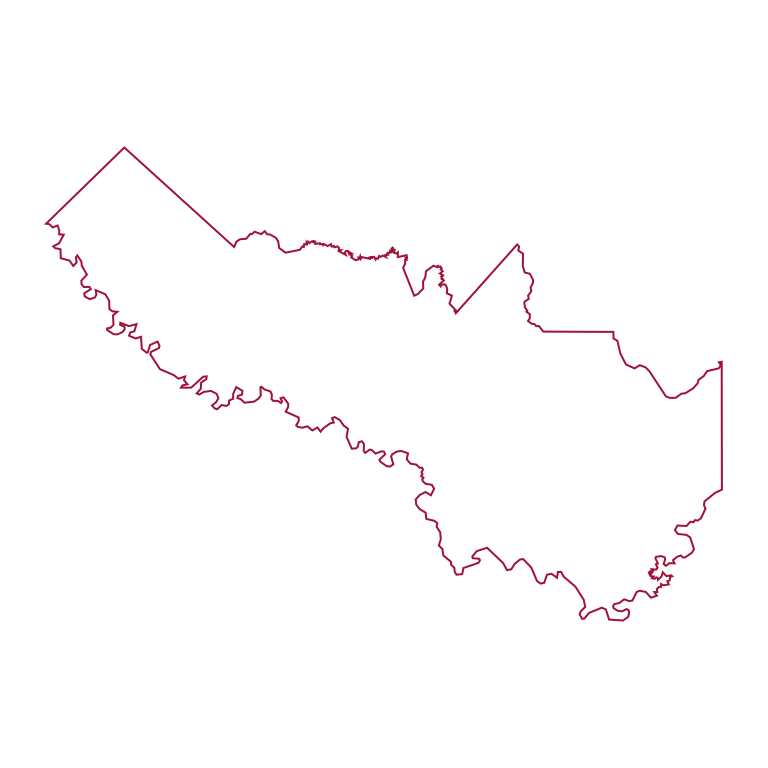 Pacoa (Cor. Departamental), Vaupés, Colombia
{"feature_id": "7082276B7457968430038", "entity_name": "Pacoa (Cor. Departamental)", "entity_type": "district", "adm_level": 2, "iso_a3": "COL", "parent_name": "Colombia", "parent_adm1": "Vaupés", "projection": "albers", "projection_center": [-70.674, 0.194], "detail": "fine", "context": "isolated", "style": "outline", "palette": "rose", "viewbox_px": 768, "rotation_deg": 0, "n_neighbors": 0, "source": "geoboundaries", "source_scale": "gbopen_adm2", "svg_char_len": 6096}
<svg xmlns="http://www.w3.org/2000/svg" viewBox="0 0 768 768"><path d="M651.0,597.7L656.9,595.7L654.3,592.1L657.3,592.0L656.9,589.0L658.7,587.1L660.9,587.0L661.1,584.0L663.5,585.3L668.8,584.4L667.4,581.2L669.6,580.5L670.2,576.9L672.2,576.2L671.1,575.3L666.4,576.1L662.8,572.3L661.4,576.6L658.0,579.8L657.9,578.2L656.4,577.4L654.7,578.8L652.0,578.2L653.6,576.5L650.5,576.1L648.8,572.7L650.6,571.0L651.3,573.8L653.2,571.0L651.9,569.2L656.1,569.6L657.6,567.7L655.9,564.3L657.9,563.5L655.4,558.3L655.9,556.9L661.1,556.1L664.5,557.2L665.2,558.9L663.7,564.0L665.9,565.8L669.4,563.2L674.5,563.4L673.0,560.2L677.1,556.8L680.9,555.5L683.0,557.5L685.1,557.4L691.9,552.7L694.0,549.1L690.2,537.5L686.5,534.9L677.9,533.9L674.9,530.1L677.5,525.5L686.5,526.0L690.4,521.7L693.6,522.2L694.7,520.2L697.8,520.5L701.0,518.3L705.5,508.6L704.0,505.2L704.5,501.4L715.3,492.7L721.9,489.7L721.7,361.8L719.0,362.3L720.9,365.2L718.7,368.4L707.1,371.1L703.8,376.0L698.5,379.9L697.5,383.5L693.1,388.4L685.4,393.2L681.4,393.7L675.7,397.8L669.8,397.9L665.9,396.4L649.3,371.1L645.5,367.3L639.8,365.2L634.6,368.4L626.0,364.5L620.4,353.7L617.4,340.8L613.5,338.5L613.4,331.9L543.3,331.6L538.9,326.0L536.3,326.2L534.3,324.0L531.7,323.8L528.0,321.0L529.7,318.5L529.9,314.3L526.5,311.7L527.3,310.7L525.1,307.7L524.3,303.1L524.6,301.7L528.8,298.8L528.1,295.7L531.3,291.2L530.6,287.3L532.9,283.2L533.1,280.1L529.9,273.8L524.8,272.5L522.8,266.2L523.0,253.7L518.3,250.5L519.1,246.6L517.2,244.5L455.8,313.3L454.7,311.0L456.5,311.0L449.5,303.7L451.9,295.6L446.8,293.3L447.3,289.1L446.0,285.4L444.8,284.3L441.1,284.8L440.6,286.4L439.1,284.7L443.9,280.5L442.9,279.1L440.8,279.2L442.2,278.7L440.8,275.8L441.7,276.9L443.1,275.4L439.9,273.5L442.7,271.3L440.7,269.3L441.7,268.3L440.2,266.4L437.8,267.2L437.7,266.0L436.3,266.9L433.5,265.7L426.1,271.1L425.2,277.6L423.0,281.7L423.3,288.4L417.9,294.0L414.2,295.7L403.1,267.8L405.2,263.7L405.1,259.9L406.5,259.9L405.7,257.9L407.1,258.1L406.6,255.2L397.8,257.1L397.9,252.3L396.5,253.5L394.1,252.9L394.7,249.8L392.4,248.8L393.1,246.9L391.4,248.9L392.6,251.7L391.5,252.3L390.0,251.0L389.7,252.9L387.7,252.8L386.9,254.0L387.8,254.8L384.9,255.3L386.0,257.1L382.5,255.6L380.5,256.9L379.1,255.9L378.0,258.7L376.1,258.4L375.6,259.5L374.0,256.8L371.0,257.0L371.5,257.9L369.5,257.7L369.8,258.8L361.9,257.1L360.8,258.8L360.2,256.2L359.5,257.9L358.4,257.6L358.7,259.3L355.5,260.2L351.2,257.3L352.2,256.0L350.8,255.0L351.5,254.3L350.1,253.1L351.0,253.1L349.3,252.1L348.9,253.4L348.0,251.0L345.8,251.1L344.9,252.6L345.8,254.9L339.1,251.3L340.8,250.1L338.7,250.0L339.0,247.8L337.6,246.4L334.5,247.3L333.7,245.2L333.6,246.4L331.7,246.6L331.0,244.1L327.7,246.1L324.0,244.1L323.2,245.1L322.8,243.9L320.1,244.4L319.8,243.2L315.2,243.9L315.2,241.5L313.3,241.0L313.1,242.2L311.5,241.5L309.7,243.1L308.1,241.6L307.3,243.8L306.5,242.5L306.4,244.5L304.2,244.1L303.8,247.0L302.4,246.4L299.8,249.8L285.6,252.7L279.2,248.0L278.1,241.1L275.6,237.6L270.2,234.6L267.0,234.2L264.8,231.2L261.1,234.1L254.5,231.7L251.9,234.1L250.4,233.8L246.3,238.7L239.9,239.3L236.5,241.6L234.1,247.0L124.3,147.5L46.1,223.7L49.2,224.1L52.7,227.4L57.6,225.5L59.3,230.4L59.1,234.3L63.7,234.7L59.1,243.3L53.3,246.3L55.0,248.1L60.5,249.3L60.8,258.2L69.6,260.6L73.3,266.0L76.6,262.4L75.9,257.5L77.3,255.5L81.4,261.5L81.8,265.7L86.9,274.7L81.4,280.6L81.5,284.2L83.9,287.0L89.5,286.9L90.8,289.2L84.2,293.3L84.7,296.4L89.9,299.2L94.8,297.5L96.4,294.8L95.7,290.1L105.3,294.3L109.2,300.8L109.4,309.1L112.5,311.3L117.3,311.8L113.0,315.4L113.5,324.8L110.6,327.7L107.0,328.5L107.2,330.0L113.5,334.2L117.3,334.4L122.5,332.1L124.7,329.0L124.4,326.6L120.2,325.0L120.3,322.8L129.1,326.1L136.5,324.1L134.3,331.4L130.3,332.4L129.0,335.7L135.7,338.5L141.0,336.8L141.8,348.8L146.6,352.7L147.8,352.3L150.1,344.9L157.6,341.6L159.5,345.7L159.0,348.0L151.0,351.9L150.3,354.3L160.0,369.2L173.8,375.1L178.4,378.7L185.1,376.5L184.0,380.3L187.5,384.3L182.4,385.4L181.0,387.7L191.3,387.6L203.1,376.7L206.7,376.4L206.3,379.2L201.1,382.6L200.8,388.8L196.7,393.4L199.3,394.5L203.9,391.9L210.9,390.9L216.6,393.8L218.4,398.1L216.4,401.9L212.0,405.5L214.9,408.6L217.2,409.2L221.7,405.0L226.3,406.0L228.9,404.2L229.1,400.5L233.1,398.8L233.2,393.7L236.3,387.1L242.4,390.8L242.1,394.6L237.9,395.9L237.4,398.1L240.5,399.0L244.5,402.7L253.9,401.7L258.3,398.8L260.8,395.6L260.4,387.3L261.5,386.8L264.4,389.4L270.5,391.5L271.9,394.8L271.5,398.9L273.1,400.9L277.7,400.9L281.1,403.0L282.1,401.5L280.5,398.2L283.4,397.3L288.2,403.7L288.2,406.9L285.7,411.7L298.7,417.5L298.7,421.1L296.2,425.4L297.9,426.9L302.2,427.7L307.5,426.3L312.3,430.5L317.5,427.5L320.6,431.7L322.8,428.7L330.1,423.4L333.8,422.5L332.0,418.1L334.7,417.1L339.9,420.1L343.6,425.5L348.0,428.7L346.6,437.0L351.8,448.7L356.0,448.4L357.9,446.5L358.8,442.1L361.9,441.3L364.0,444.1L363.7,450.7L365.1,452.9L369.8,449.6L371.8,450.0L375.5,453.6L381.4,451.3L384.0,451.7L385.2,454.3L379.4,459.6L380.4,461.8L386.9,466.3L390.2,466.5L393.3,464.3L391.1,456.4L392.1,454.4L396.9,451.5L401.4,451.0L408.0,453.3L406.7,459.3L410.6,463.7L416.3,464.6L419.7,467.8L422.2,467.8L423.0,469.9L421.4,472.2L422.5,474.4L421.1,476.1L423.5,477.8L422.2,479.6L423.0,481.4L425.6,483.8L431.8,484.8L434.1,488.7L430.9,495.3L425.6,492.0L419.7,495.0L415.7,499.5L416.2,504.5L419.6,509.1L425.6,512.7L426.3,518.9L434.3,520.8L437.2,523.0L436.7,526.9L440.2,532.3L440.8,539.1L438.9,545.5L442.4,549.1L443.4,555.6L451.0,561.8L451.1,564.7L454.3,567.7L454.8,572.2L456.6,574.7L462.2,574.1L463.4,568.0L478.4,562.9L479.9,560.4L479.3,558.8L472.8,558.2L472.3,556.5L476.8,551.1L487.1,547.8L503.0,562.9L507.0,570.1L511.3,569.3L514.7,563.8L520.0,559.5L523.2,559.1L531.4,567.7L537.0,581.0L540.6,583.6L544.2,582.8L547.0,574.7L551.5,573.8L557.0,577.7L557.9,572.0L561.1,571.9L563.7,576.7L575.3,586.5L583.8,599.9L585.2,606.9L580.8,611.3L579.6,614.3L582.2,618.9L584.4,618.5L589.1,612.9L601.8,607.7L605.9,609.5L609.1,619.6L623.0,620.5L628.2,616.9L629.2,612.8L628.5,610.1L626.6,609.1L622.1,611.3L618.0,610.9L613.6,608.2L613.1,606.0L614.4,604.0L619.3,603.0L624.2,599.3L629.1,601.1L632.4,600.5L636.7,592.0L639.7,590.7L645.8,592.0L651.0,597.7Z" fill="none" stroke="#9f1239" stroke-width="2"/></svg>